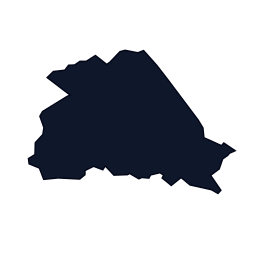 Wyoming, West Virginia, United States of America, rotated 352°
{"feature_id": "52423323B33897242247324", "entity_name": "Wyoming", "entity_type": "district", "adm_level": 2, "iso_a3": "USA", "parent_name": "United States of America", "parent_adm1": "West Virginia", "projection": "albers", "projection_center": [-81.547, 37.602], "detail": "fine", "context": "isolated", "style": "filled", "palette": "ink", "viewbox_px": 256, "rotation_deg": 352, "n_neighbors": 0, "source": "geoboundaries", "source_scale": "gbopen_adm2", "svg_char_len": 905}
<svg xmlns="http://www.w3.org/2000/svg" viewBox="0 0 256 256"><g transform="rotate(352 128 128)"><path d="M202.0,200.7L208.0,205.3L211.3,202.6L203.2,186.4L212.6,181.2L217.4,171.8L223.0,168.9L224.9,167.1L230.9,165.4L220.8,156.2L218.1,158.5L201.8,148.2L202.2,138.4L198.5,129.8L174.1,85.6L165.2,70.0L154.2,53.5L148.2,54.9L136.0,50.7L130.7,51.3L119.3,60.3L115.8,62.1L105.8,51.7L95.9,56.2L89.8,55.3L83.9,58.2L77.9,57.6L73.5,62.0L62.0,61.7L55.0,66.8L69.6,81.6L75.3,87.4L71.9,88.3L45.7,99.8L42.4,104.1L44.8,115.9L42.8,122.6L34.2,129.6L32.2,141.4L25.2,144.4L25.1,149.7L34.7,155.3L37.4,167.1L51.9,167.7L73.1,171.8L78.8,168.3L79.5,164.1L88.6,161.1L97.2,165.8L100.2,162.4L107.5,172.7L121.0,174.1L123.3,173.2L131.7,179.8L134.8,178.9L141.7,180.5L143.8,177.6L153.4,176.7L156.8,179.6L154.9,182.3L160.8,188.6L162.8,190.9L173.7,184.4L181.5,193.0L202.0,200.7Z" fill="#0f172a" stroke="#020617" stroke-width="1.5"/></g></svg>